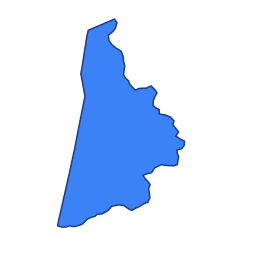 Conceição do Jacuípe, Bahia, Brazil (Robinson projection), rotated 97°
{"feature_id": "56859067B72912801281575", "entity_name": "Conceição do Jacuípe", "entity_type": "district", "adm_level": 2, "iso_a3": "BRA", "parent_name": "Brazil", "parent_adm1": "Bahia", "projection": "robinson", "projection_center": [-38.743, -12.327], "detail": "fine", "context": "isolated", "style": "filled", "palette": "blue", "viewbox_px": 256, "rotation_deg": 97, "n_neighbors": 0, "source": "geoboundaries", "source_scale": "gbopen_adm2", "svg_char_len": 1297}
<svg xmlns="http://www.w3.org/2000/svg" viewBox="0 0 256 256"><g transform="rotate(97 128 128)"><path d="M233.7,185.9L234.4,181.5L233.9,177.6L232.1,174.0L232.5,169.8L231.1,165.9L229.3,162.1L226.7,159.7L223.9,157.8L221.3,154.0L219.8,150.2L217.3,147.9L216.6,143.9L214.5,140.5L212.1,137.5L207.7,134.6L205.4,127.8L205.5,122.2L207.6,118.8L209.4,114.3L206.7,110.7L204.4,106.8L201.2,103.0L199.2,99.2L194.4,97.8L190.0,98.9L185.4,100.2L181.6,99.1L178.7,101.8L176.4,104.6L173.1,107.4L170.7,102.6L169.5,99.1L164.3,96.7L160.4,90.6L160.4,83.8L159.9,77.8L158.3,74.6L153.9,74.5L149.9,74.3L147.2,76.1L143.8,76.5L142.0,72.2L138.4,70.1L134.2,70.3L132.6,74.6L130.2,79.6L125.8,77.3L122.7,80.4L119.4,83.8L115.4,83.2L111.9,87.4L110.5,92.9L110.2,98.7L106.1,99.2L104.7,102.5L102.5,105.9L98.0,106.2L93.7,105.2L89.7,103.5L86.9,105.8L83.4,110.2L86.2,114.7L87.2,121.2L89.5,125.5L87.2,128.2L84.7,131.4L81.0,133.4L78.8,136.5L75.7,138.9L71.2,138.9L66.7,138.8L62.4,140.5L57.6,141.5L52.5,144.3L50.4,149.1L47.5,153.8L43.6,157.6L38.3,158.8L34.4,155.0L30.3,152.6L24.7,151.8L21.6,154.8L35.9,179.4L42.7,180.0L54.2,180.4L58.9,180.6L63.0,180.7L72.4,181.0L75.9,181.2L79.8,181.4L101.7,174.6L112.7,175.4L137.0,177.2L154.7,178.4L161.1,179.0L180.8,180.8L230.5,185.8L233.7,185.9Z" fill="#3b82f6" stroke="#1e3a8a" stroke-width="1.5"/></g></svg>